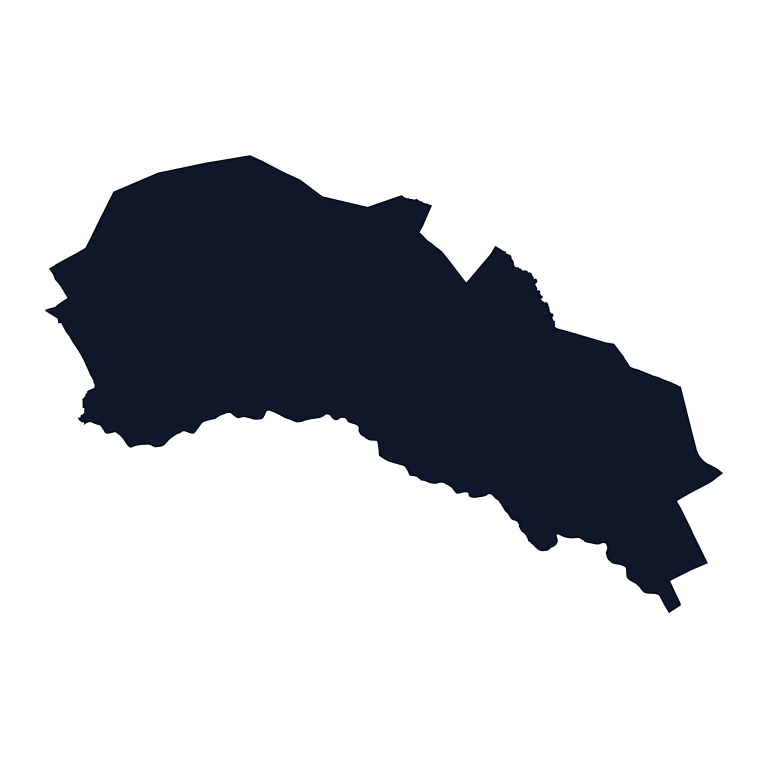 outline of Fratautii Noi, Suceava, Romania
{"feature_id": "2599482B88519783611036", "entity_name": "Fratautii Noi", "entity_type": "district", "adm_level": 2, "iso_a3": "ROU", "parent_name": "Romania", "parent_adm1": "Suceava", "projection": "orthographic", "projection_center": [25.895, 47.931], "detail": "fine", "context": "isolated", "style": "filled", "palette": "ink", "viewbox_px": 768, "rotation_deg": 0, "n_neighbors": 0, "source": "geoboundaries", "source_scale": "gbopen_adm2", "svg_char_len": 6048}
<svg xmlns="http://www.w3.org/2000/svg" viewBox="0 0 768 768"><path d="M194.8,431.6L201.0,423.2L202.4,421.8L204.1,420.9L211.8,418.8L214.4,418.5L219.5,415.1L226.5,412.5L228.9,412.1L230.9,412.3L234.7,415.6L237.7,417.4L239.2,417.3L242.7,416.3L243.9,416.2L246.8,416.8L253.7,418.7L256.4,419.0L261.7,418.4L262.8,417.2L264.3,414.5L265.2,412.0L265.7,411.1L267.2,410.1L269.2,409.7L276.9,412.8L285.4,417.4L290.0,418.9L295.2,421.1L296.4,421.5L298.5,421.6L301.2,421.2L304.5,420.0L310.3,418.6L319.8,417.2L323.2,415.6L324.7,414.3L326.7,413.5L329.8,414.2L330.6,414.9L332.6,417.6L334.6,419.2L335.9,419.5L338.0,418.9L339.9,417.4L341.1,417.0L344.6,417.2L345.8,417.8L346.9,418.8L348.1,420.9L348.9,421.7L354.7,423.6L356.3,424.0L358.6,425.6L359.4,426.9L359.4,427.4L359.5,428.2L359.2,430.8L360.8,433.9L363.2,435.7L364.8,436.5L365.9,437.6L368.1,438.9L369.6,439.5L370.9,439.8L376.8,440.1L377.5,440.4L378.5,443.3L379.5,451.5L379.4,453.4L379.8,455.3L384.5,458.5L387.3,460.0L389.8,461.1L404.5,465.4L406.8,468.1L408.6,471.3L409.9,474.6L411.1,475.2L412.9,475.2L417.2,476.1L419.6,478.2L420.7,478.8L421.3,479.7L424.7,480.2L430.1,482.4L434.6,483.1L435.9,483.1L438.4,482.2L439.4,482.0L442.3,481.9L443.8,482.2L448.3,484.6L452.5,487.4L454.4,490.2L456.6,492.8L458.5,492.9L464.3,491.5L467.6,491.7L468.5,492.3L469.2,493.3L469.5,495.8L471.9,496.9L475.2,497.1L483.0,495.9L485.6,495.1L488.5,493.3L490.1,493.3L491.8,493.9L493.3,495.2L495.8,498.0L498.9,500.0L500.3,502.0L505.9,511.0L508.6,513.5L511.6,518.5L513.2,519.4L515.5,520.0L517.4,520.9L518.7,522.4L519.5,524.1L519.7,526.1L520.0,527.2L521.2,529.5L522.5,531.3L524.3,532.4L527.0,535.7L527.5,537.2L528.7,539.3L528.9,540.7L530.5,541.4L531.6,543.0L533.7,544.5L536.0,547.0L538.2,548.9L539.7,549.8L542.5,550.5L546.6,550.0L547.8,549.6L550.8,547.1L553.4,546.1L555.5,544.3L556.8,542.1L557.1,540.4L555.9,536.2L555.8,534.9L556.7,533.8L558.0,533.4L565.0,536.7L569.9,537.5L571.9,537.6L577.9,537.2L580.0,537.5L583.6,539.7L585.1,541.1L588.0,542.0L596.3,543.7L599.2,543.6L601.4,542.6L603.6,542.2L605.5,542.5L606.8,543.9L607.5,545.5L608.1,547.8L607.4,550.5L606.5,552.6L607.6,557.2L608.9,559.5L612.2,562.4L614.4,563.2L620.2,564.1L625.4,566.2L626.3,567.5L626.8,569.0L627.2,575.9L627.8,577.6L630.0,579.8L635.8,582.9L637.0,583.9L640.4,587.1L642.1,589.6L643.8,591.4L645.0,592.3L648.3,592.9L654.5,593.1L656.4,593.4L658.6,594.3L660.0,595.4L663.8,602.8L669.2,612.0L680.1,604.8L680.0,603.9L669.2,581.0L669.5,580.4L690.4,569.8L706.8,562.8L692.3,533.3L691.3,530.7L681.5,510.9L680.0,507.9L675.8,500.8L690.1,492.5L708.2,483.0L712.3,480.5L717.1,476.6L721.9,473.2L718.2,470.2L715.2,468.2L707.0,464.1L705.4,463.1L702.8,460.9L699.9,457.7L698.7,456.0L697.5,453.6L695.8,449.5L695.6,447.9L692.2,435.0L680.2,387.2L679.3,387.2L676.7,385.6L670.0,382.6L662.8,379.9L658.5,377.9L653.3,376.4L637.3,369.9L634.6,369.4L629.6,367.3L625.6,360.8L623.9,358.6L623.5,357.5L613.6,344.4L605.5,343.1L569.2,332.3L557.5,329.2L554.7,327.7L554.0,326.5L554.2,326.0L554.1,325.1L554.3,324.3L554.0,322.6L554.2,321.7L554.0,321.4L553.1,321.3L552.5,320.8L552.2,319.1L551.8,318.8L550.9,317.4L551.1,317.0L552.1,316.7L552.4,316.3L552.7,314.6L552.1,314.0L551.7,314.0L551.3,314.7L550.9,314.8L550.1,314.0L549.9,312.6L548.8,311.7L548.7,311.1L549.0,310.1L548.3,308.2L548.6,307.7L548.5,307.1L546.9,306.3L546.7,306.0L547.7,305.1L547.6,304.5L546.2,302.8L544.9,303.5L544.1,303.1L543.4,303.2L543.4,302.4L543.2,302.2L541.8,302.8L541.6,302.5L541.5,300.9L540.5,300.3L540.5,299.5L539.8,298.5L540.0,297.7L541.9,297.7L541.9,296.4L540.0,296.2L539.8,295.9L540.0,294.7L539.3,294.6L539.0,294.1L539.2,292.5L539.5,292.2L539.5,291.7L538.6,290.9L536.9,291.1L536.1,290.9L535.9,290.6L536.5,288.4L534.1,284.3L534.5,284.0L534.8,283.2L536.2,282.2L536.5,281.7L536.4,280.6L535.9,279.6L535.6,279.3L533.9,279.8L533.2,279.5L532.8,279.0L533.1,278.2L533.0,277.8L532.1,277.3L532.1,276.5L531.5,275.4L531.1,275.0L531.0,274.6L531.1,273.9L529.1,273.0L528.2,273.4L527.1,273.4L526.9,272.9L527.0,272.0L526.8,271.5L525.6,271.6L525.2,271.1L524.6,271.0L523.1,271.6L522.7,271.5L521.4,271.0L521.0,269.7L520.6,269.4L519.5,269.5L518.0,268.0L516.6,268.1L515.2,267.5L513.9,267.7L513.2,267.4L512.8,267.0L512.8,266.7L513.9,266.2L514.0,265.9L513.1,265.1L513.1,262.3L512.3,260.7L510.9,259.2L510.8,257.3L510.4,256.3L509.9,255.7L506.0,254.2L505.5,253.6L505.1,252.1L503.1,251.7L495.5,246.8L492.3,252.6L490.2,255.5L466.2,283.8L449.7,262.2L441.5,251.9L433.8,246.1L432.9,245.2L426.7,240.6L422.3,236.0L420.0,233.7L418.5,232.7L422.4,225.6L431.0,205.9L429.5,205.6L428.2,204.9L427.6,204.9L427.0,204.2L426.1,204.4L425.1,204.2L423.8,203.6L423.1,203.7L422.8,203.5L422.2,202.6L419.8,201.6L418.6,201.3L416.9,199.9L416.2,199.7L414.9,200.6L411.5,199.7L409.4,199.8L409.1,199.1L407.8,199.2L406.2,198.9L404.0,197.9L401.5,196.0L367.6,207.7L322.1,197.0L299.7,180.2L281.9,172.0L263.2,162.1L249.9,156.0L206.3,163.3L158.4,173.3L114.0,192.2L97.3,225.5L92.4,235.8L85.9,248.5L77.4,253.4L56.0,265.0L54.8,266.1L50.0,268.8L53.7,274.1L55.5,279.1L59.5,283.6L63.2,289.2L68.6,298.3L63.9,301.2L59.0,304.6L54.9,308.0L54.5,307.8L47.4,309.8L46.4,310.1L46.1,310.6L58.6,318.3L58.6,320.0L58.9,322.5L61.4,322.3L62.1,322.7L62.5,324.0L66.8,332.1L69.4,335.3L73.3,341.9L80.1,352.3L84.1,359.5L90.5,373.8L94.0,380.3L94.3,382.2L95.4,384.6L95.5,385.6L95.1,387.4L94.4,388.9L92.5,389.4L88.3,391.4L87.9,391.9L88.4,392.4L86.1,395.1L86.3,395.3L86.2,396.5L83.0,399.6L83.3,400.7L83.4,407.3L85.1,407.2L85.0,412.9L83.4,414.9L81.5,415.6L81.2,417.3L80.5,418.4L80.1,418.6L79.1,418.4L79.6,419.2L79.6,419.7L80.7,420.4L81.5,421.2L82.5,421.6L83.4,421.6L84.4,421.2L84.9,421.4L85.0,422.1L84.8,423.4L86.2,422.4L88.2,421.6L89.0,421.3L90.6,421.4L92.0,421.8L96.2,423.6L99.7,424.5L100.8,425.2L101.8,426.3L105.6,432.2L107.0,432.9L109.3,432.8L114.3,431.5L116.2,431.7L119.9,434.5L122.2,436.7L123.8,438.6L127.5,444.4L129.3,446.2L130.2,446.8L131.1,446.9L135.8,445.0L141.8,444.1L148.1,443.9L150.0,444.1L155.1,446.6L159.5,446.1L162.3,445.5L164.0,444.4L168.2,439.8L170.3,437.8L176.1,433.8L180.4,432.2L181.1,431.4L183.2,430.4L184.8,430.5L191.2,432.8L193.3,432.9L194.0,432.5L194.8,431.6Z" fill="#0f172a" stroke="#020617" stroke-width="1.5"/></svg>